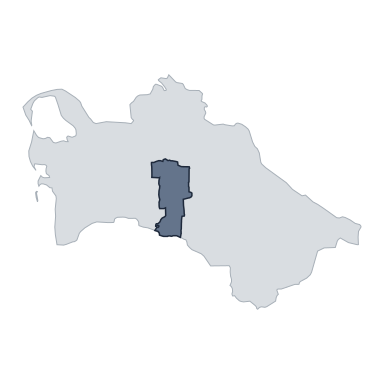 Ak Bugday, Ahal, Turkmenistan shown in context
{"feature_id": "10190150B31923585689840", "entity_name": "Ak Bugday", "entity_type": "district", "adm_level": 2, "iso_a3": "TKM", "parent_name": "Turkmenistan", "parent_adm1": "Ahal", "projection": "mercator", "projection_center": [58.565, 38.864], "detail": "fine", "context": "in_parent", "style": "filled", "palette": "slate", "viewbox_px": 384, "rotation_deg": 0, "n_neighbors": 0, "source": "geoboundaries", "source_scale": "gbopen_adm2", "svg_char_len": 5707}
<svg xmlns="http://www.w3.org/2000/svg" viewBox="0 0 384 384"><path d="M106.3,121.7L125.4,122.8L131.2,123.6L133.6,120.8L133.5,120.1L132.6,119.6L131.2,117.6L129.9,104.6L131.6,102.8L133.5,101.4L136.2,97.3L137.7,96.0L139.9,95.0L147.2,94.7L150.2,93.9L152.8,89.2L153.4,86.5L155.4,84.3L156.5,84.3L161.4,86.2L162.5,87.2L164.2,90.6L166.0,90.4L166.3,89.8L166.1,89.1L164.7,86.9L161.6,83.0L158.5,80.5L158.3,79.7L160.9,77.8L166.1,78.6L167.4,78.0L168.8,74.8L175.6,81.9L176.9,82.6L182.4,83.5L183.3,84.5L185.2,88.5L187.0,89.6L189.4,90.4L199.1,90.5L202.1,93.2L202.6,93.9L202.0,95.8L201.9,99.4L201.1,100.9L201.6,101.5L205.0,103.0L207.1,105.3L207.3,106.4L206.7,107.0L205.1,106.7L204.3,107.7L204.3,109.6L205.4,111.4L205.8,113.0L204.1,116.8L204.1,118.4L204.6,119.3L213.4,124.9L214.8,125.1L223.2,124.1L224.8,124.7L232.2,125.9L234.2,125.8L235.7,123.9L237.0,123.2L238.3,123.2L241.8,124.3L245.5,126.8L248.0,129.0L249.2,131.0L252.6,142.0L254.8,146.4L257.4,148.8L259.3,153.0L260.8,162.3L261.8,164.1L265.8,167.8L286.3,182.7L292.5,189.4L302.0,195.8L305.5,195.1L313.0,201.9L317.7,204.4L323.8,208.5L336.7,217.7L339.4,218.0L342.5,216.8L345.2,217.5L350.1,219.9L355.2,223.4L359.7,224.6L360.9,226.1L361.0,227.0L358.5,231.4L358.1,237.0L358.4,244.6L357.2,244.7L348.5,242.6L340.3,238.0L338.3,239.5L337.3,241.0L335.3,247.5L324.2,247.9L317.6,251.1L311.6,272.1L310.3,274.7L306.7,278.1L300.3,281.5L299.3,282.8L299.1,284.1L298.3,284.4L294.8,284.4L281.4,289.0L278.5,289.0L277.3,289.3L276.8,290.1L278.3,294.3L277.1,295.5L276.2,297.5L275.6,301.1L266.7,306.7L264.9,307.3L261.4,306.8L259.5,307.4L257.7,309.2L256.8,308.6L256.3,306.8L255.4,305.7L249.9,301.2L243.6,301.9L241.2,301.5L239.4,300.8L236.5,298.2L234.6,295.7L232.7,296.0L232.1,294.8L232.0,293.5L232.6,291.8L232.4,288.7L231.3,286.5L230.0,285.5L231.5,281.9L231.5,279.2L230.6,276.2L230.2,272.0L230.4,267.8L229.2,265.7L210.6,265.9L204.0,256.2L201.3,253.8L192.0,249.7L189.5,247.5L187.4,245.0L186.8,241.7L185.8,239.7L184.3,239.4L177.1,235.5L174.2,234.5L170.2,235.5L167.8,234.4L165.1,235.9L163.9,236.0L160.9,235.0L157.3,231.5L154.2,230.1L147.7,227.8L143.2,227.1L139.2,225.7L138.8,225.2L138.7,222.2L138.1,221.0L137.0,219.5L135.4,218.3L128.5,218.4L125.4,217.3L122.9,217.1L117.4,217.3L115.6,218.2L114.6,219.1L114.0,222.0L113.4,222.5L108.1,222.6L96.8,221.9L92.1,223.4L84.8,227.9L80.6,231.6L79.3,233.3L76.9,240.0L75.8,240.9L74.3,241.7L72.9,241.8L66.2,244.4L63.6,245.1L57.0,244.7L55.4,234.9L54.8,227.1L55.6,216.2L55.2,209.2L56.3,198.5L55.9,195.9L52.5,191.2L52.0,187.9L49.9,187.7L46.5,184.9L43.2,183.9L41.5,183.8L40.0,184.6L38.9,186.2L38.1,183.7L38.1,181.0L40.8,175.6L42.4,177.2L44.5,177.8L49.6,177.5L49.1,175.6L46.4,173.7L45.9,171.2L46.1,168.7L46.8,166.2L46.0,165.2L44.8,164.6L42.0,164.7L34.8,163.8L34.0,166.6L36.0,170.4L32.7,166.1L30.5,161.7L29.0,156.5L28.8,150.9L31.6,141.9L33.8,130.7L36.6,135.4L38.6,137.5L43.1,138.8L45.3,138.5L47.6,137.3L49.8,137.7L53.4,142.5L55.9,143.0L61.2,141.2L63.7,140.8L65.8,141.6L68.1,141.6L67.1,139.4L66.7,137.2L68.0,136.0L72.1,137.3L75.4,136.0L76.0,135.4L76.3,133.5L75.9,129.7L75.1,128.1L73.2,125.8L65.8,120.4L63.4,118.2L61.3,115.4L57.9,104.3L55.4,97.1L54.4,96.2L50.1,95.6L42.0,97.4L39.1,97.0L37.7,97.8L34.4,100.8L32.9,103.4L30.7,109.3L32.4,111.2L31.1,121.1L31.8,125.3L31.6,125.6L29.1,120.3L25.8,115.1L23.0,107.1L27.9,101.8L32.0,98.1L36.5,95.3L41.1,93.4L51.5,90.5L57.3,89.4L61.9,89.2L65.5,91.0L75.3,97.5L79.5,101.1L80.6,102.6L81.8,106.1L88.9,117.4L90.6,119.0L93.3,122.5L96.0,123.6L106.3,121.7ZM37.8,200.4L37.5,201.9L36.2,197.5L35.6,192.7L36.4,191.4L37.3,191.5L36.5,193.2L37.8,200.4Z" fill="#d9dde1" stroke="#a8b0b8" stroke-width="1"/><path d="M177.4,161.9L176.1,161.5L173.9,161.1L172.3,160.8L170.9,160.8L170.8,160.7L170.0,160.4L169.6,160.2L168.0,160.6L166.4,159.5L165.3,158.9L164.6,159.2L164.4,159.2L163.5,159.6L163.3,159.7L163.2,159.8L163.1,160.3L163.0,160.6L162.8,161.4L161.8,161.1L160.6,160.7L158.5,160.7L157.1,161.2L156.3,161.4L155.9,161.6L155.6,161.7L155.0,162.0L153.8,162.5L153.7,162.5L152.9,162.4L151.5,162.5L151.5,162.8L151.5,163.2L151.4,163.9L151.5,164.5L151.5,165.1L151.7,166.1L151.8,167.8L151.9,172.5L151.9,175.1L151.9,176.0L151.8,177.2L151.8,177.4L159.5,177.8L159.6,177.7L159.6,177.8L159.5,178.6L159.0,180.2L158.9,181.8L158.9,182.1L158.8,183.4L159.0,184.5L159.7,186.2L159.8,186.2L159.7,186.6L159.6,188.2L159.0,190.9L158.9,193.3L158.8,194.5L159.1,196.9L159.8,199.6L159.4,201.2L159.0,202.2L159.1,202.6L159.1,205.1L159.2,206.8L159.3,207.3L159.5,208.0L159.7,208.6L163.7,208.6L163.9,208.5L164.9,208.2L165.5,207.9L165.5,208.1L165.7,215.6L165.1,216.4L164.9,216.6L163.7,217.3L163.2,217.5L162.5,217.9L162.1,218.1L160.8,219.7L160.4,220.8L160.3,221.1L159.8,222.0L159.6,222.2L158.1,223.6L157.4,223.7L157.2,223.7L156.3,223.8L156.0,224.3L155.7,225.3L155.7,226.2L156.7,226.0L156.9,226.0L157.8,225.4L158.8,225.8L158.8,226.7L158.2,227.4L156.7,227.5L155.7,229.3L155.5,229.5L154.9,230.5L155.9,230.8L158.1,231.4L159.3,233.0L159.5,235.1L162.1,236.0L163.6,236.4L167.6,236.4L168.1,236.0L170.1,235.9L171.1,236.3L172.6,236.0L173.0,235.7L175.2,235.7L176.6,235.7L178.4,236.5L180.1,237.3L180.4,237.4L180.7,235.9L181.0,234.0L181.2,233.3L181.1,233.0L181.1,231.7L181.0,230.3L181.3,228.7L181.3,228.2L181.4,223.0L181.5,222.0L181.5,220.2L181.7,218.3L182.0,216.3L184.3,216.0L184.5,214.8L184.2,213.5L184.1,210.6L183.9,208.7L183.7,207.1L183.5,205.4L183.4,202.1L183.3,199.3L188.8,197.9L189.6,197.8L189.6,197.7L191.2,196.9L191.9,195.8L191.9,195.6L191.9,194.4L191.9,193.4L191.9,193.1L191.2,192.6L191.0,192.4L189.0,191.8L189.0,187.1L188.7,186.8L188.6,186.7L188.6,184.9L188.6,183.1L188.5,182.6L188.5,182.4L189.0,182.0L189.1,169.2L189.1,168.9L189.6,168.3L189.4,167.5L189.2,166.8L183.3,166.7L181.2,166.6L178.0,165.2L177.8,163.7L177.6,162.0L177.4,161.9Z" fill="#64748b" stroke="#1e293b" stroke-width="1.5"/></svg>